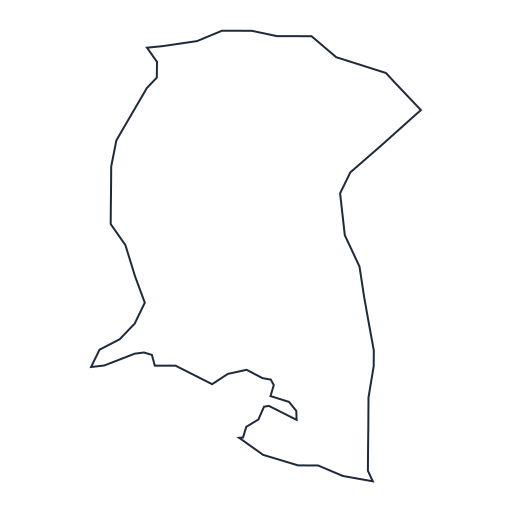 Thaethan, Hwanghae-namdo, North Korea (orthographic projection)
{"feature_id": "82179303B3017694876336", "entity_name": "Thaethan", "entity_type": "district", "adm_level": 2, "iso_a3": "PRK", "parent_name": "North Korea", "parent_adm1": "Hwanghae-namdo", "projection": "orthographic", "projection_center": [125.244, 38.144], "detail": "fine", "context": "isolated", "style": "outline", "palette": "slate", "viewbox_px": 512, "rotation_deg": 0, "n_neighbors": 0, "source": "geoboundaries", "source_scale": "gbopen_adm2", "svg_char_len": 940}
<svg xmlns="http://www.w3.org/2000/svg" viewBox="0 0 512 512"><path d="M110.8,210.3L110.7,224.1L125.4,245.1L135.1,276.5L144.8,302.7L134.7,323.6L119.6,339.3L99.5,349.7L91.1,367.0L104.2,365.5L134.6,353.7L144.0,352.5L151.9,354.9L154.8,365.7L175.6,365.7L212.1,384.2L227.8,373.9L246.6,369.8L262.4,378.1L270.8,379.6L273.8,385.1L270.5,396.1L289.0,401.9L296.3,410.9L296.6,419.9L268.9,405.9L264.0,406.7L258.4,419.5L246.3,426.8L243.0,437.5L239.1,437.8L263.2,454.9L298.1,465.4L318.1,465.5L342.9,476.0L372.8,481.3L367.9,470.8L368.1,444.6L368.3,428.9L368.5,397.5L373.7,366.1L373.8,350.4L369.0,324.2L364.3,298.0L359.5,266.6L344.8,235.2L340.1,193.3L350.3,172.4L380.3,146.3L415.4,114.9L420.9,110.1L395.7,83.5L385.9,73.0L336.2,57.2L311.5,36.2L276.7,36.1L251.8,30.8L222.0,30.7L197.0,41.1L162.1,46.2L147.0,47.7L157.0,61.9L156.8,77.6L146.8,88.1L131.6,114.2L116.4,140.3L111.2,166.5L111.1,182.2L110.8,210.3Z" fill="none" stroke="#1e293b" stroke-width="2"/></svg>